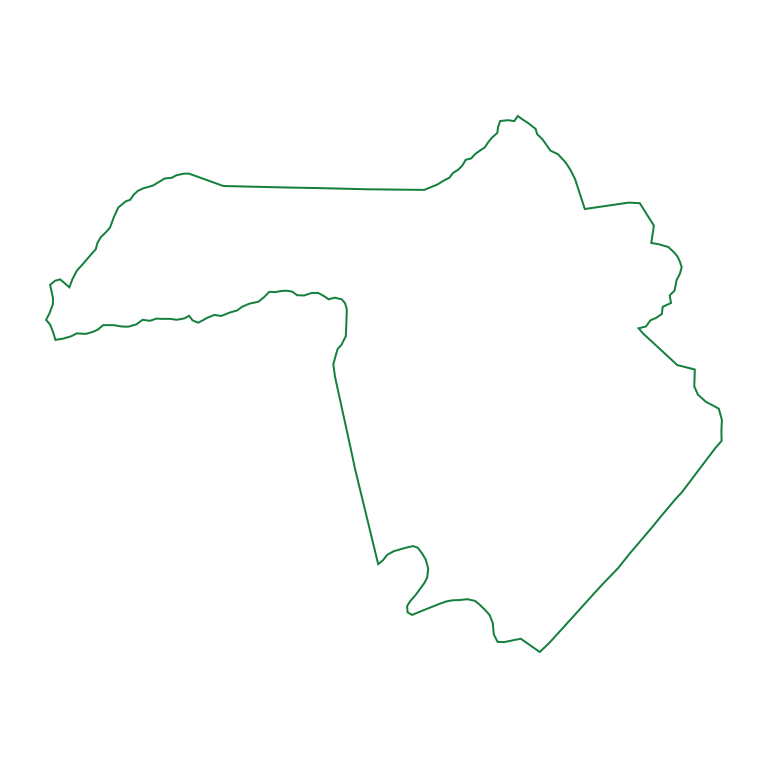 the district of Iporã, Paraná, Brazil
{"feature_id": "56859067B57368215324073", "entity_name": "Iporã", "entity_type": "district", "adm_level": 2, "iso_a3": "BRA", "parent_name": "Brazil", "parent_adm1": "Paraná", "projection": "albers", "projection_center": [-53.762, -24.059], "detail": "fine", "context": "isolated", "style": "outline", "palette": "green", "viewbox_px": 768, "rotation_deg": 0, "n_neighbors": 0, "source": "geoboundaries", "source_scale": "gbopen_adm2", "svg_char_len": 2575}
<svg xmlns="http://www.w3.org/2000/svg" viewBox="0 0 768 768"><path d="M50.1,284.8L53.0,298.3L52.9,304.2L49.7,312.8L46.1,319.9L50.0,324.4L53.1,332.2L55.4,339.9L63.4,338.6L71.6,336.1L76.7,333.4L85.7,333.9L92.8,331.9L97.8,329.6L103.2,325.1L113.4,325.1L121.6,326.5L128.3,326.7L136.5,324.3L142.6,319.8L149.9,320.8L156.5,318.6L162.9,318.9L170.4,318.9L176.6,319.8L184.3,318.4L189.1,315.8L192.5,320.3L198.1,322.7L202.5,320.5L206.8,318.0L214.4,314.9L221.1,316.0L229.6,312.6L237.2,310.4L242.2,306.7L249.6,303.6L258.5,301.7L264.2,297.0L269.3,291.8L275.5,292.1L281.1,291.0L286.3,290.7L292.2,291.6L297.1,295.2L304.0,295.5L311.7,293.0L318.1,292.9L324.5,296.4L328.6,299.3L334.5,297.7L341.7,299.3L345.1,303.3L346.8,309.2L346.4,322.7L345.8,336.2L341.5,344.7L337.6,349.1L336.0,354.5L333.3,364.3L335.0,376.7L350.7,448.5L352.5,456.8L354.8,467.9L378.2,564.2L382.8,560.4L387.4,554.7L394.0,551.1L406.7,547.5L413.1,546.1L417.7,547.7L422.1,553.4L425.7,559.5L428.2,568.5L427.2,577.6L424.1,583.4L415.6,595.0L410.0,601.4L407.1,606.2L407.6,612.3L412.1,614.9L422.3,610.7L438.6,604.2L446.1,601.5L452.5,600.3L458.9,600.1L467.4,599.2L475.0,600.9L479.2,604.2L485.8,610.7L489.7,615.2L492.8,623.1L493.8,634.5L497.6,641.9L504.0,642.1L509.3,641.1L514.7,639.9L520.9,638.8L539.7,652.0L549.4,642.8L570.1,620.0L593.4,594.2L603.2,583.5L618.3,567.9L629.1,554.3L652.4,526.9L659.7,517.9L675.3,499.3L682.0,492.1L699.0,469.6L715.2,448.2L721.6,440.9L721.4,430.5L721.9,419.9L718.8,408.7L705.6,401.6L697.9,394.6L694.3,386.5L694.8,369.5L677.3,365.1L643.3,333.7L638.6,328.3L645.9,326.5L650.4,320.3L656.3,317.8L661.8,314.0L662.7,306.8L671.0,303.0L669.7,295.4L674.6,290.5L676.6,280.1L679.9,273.7L681.7,267.2L679.9,261.7L677.7,256.8L674.4,252.7L668.3,247.0L658.5,244.2L651.3,243.0L653.9,225.6L650.8,220.7L639.8,203.2L628.7,202.6L584.8,209.0L575.1,179.2L570.5,170.0L565.8,162.7L558.1,154.3L550.4,150.6L542.7,139.6L537.1,134.0L535.6,128.9L528.6,123.4L522.0,119.1L517.8,116.0L514.3,121.1L508.1,120.2L500.2,121.0L498.1,127.0L497.3,132.9L491.9,137.7L488.3,142.1L484.8,147.4L479.6,150.8L475.3,153.9L471.2,158.4L465.7,159.8L462.4,165.4L458.3,169.6L452.9,173.0L449.4,177.7L443.7,180.6L437.4,184.5L432.0,186.7L424.3,189.9L368.1,189.3L319.4,188.1L290.9,187.6L223.4,186.0L188.9,173.6L184.0,173.6L176.3,175.3L171.7,177.8L164.6,178.5L158.4,182.3L152.7,185.7L143.5,188.2L137.8,190.9L133.7,194.7L130.2,199.8L125.8,201.3L118.4,207.4L113.9,217.0L110.0,227.6L105.3,232.9L100.7,237.2L97.4,243.1L95.8,249.1L89.2,256.6L82.7,264.2L76.9,270.6L72.3,279.4L69.4,287.3L60.2,279.4L55.1,280.7L50.1,284.8Z" fill="none" stroke="#15803d" stroke-width="2"/></svg>